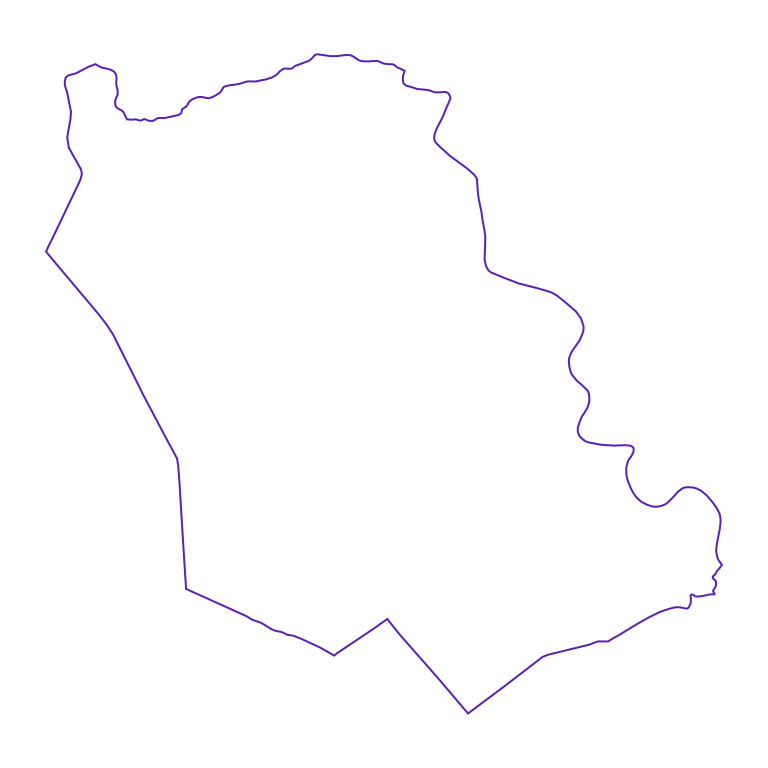 outline of Duc Hue, Long An, Vietnam
{"feature_id": "81297802B23772600550478", "entity_name": "Duc Hue", "entity_type": "district", "adm_level": 2, "iso_a3": "VNM", "parent_name": "Vietnam", "parent_adm1": "Long An", "projection": "orthographic", "projection_center": [106.28, 10.865], "detail": "fine", "context": "isolated", "style": "outline", "palette": "violet", "viewbox_px": 768, "rotation_deg": 0, "n_neighbors": 0, "source": "geoboundaries", "source_scale": "gbopen_adm2", "svg_char_len": 5287}
<svg xmlns="http://www.w3.org/2000/svg" viewBox="0 0 768 768"><path d="M721.9,564.8L720.6,563.0L717.9,559.1L716.8,555.0L716.2,551.1L716.2,549.8L716.9,543.5L717.9,538.7L719.6,529.9L720.5,523.0L720.5,518.4L719.5,513.6L717.0,508.6L713.1,503.0L706.9,495.6L701.2,490.8L696.6,488.5L693.3,487.5L688.1,487.2L684.9,487.5L684.7,487.5L682.5,488.3L680.4,489.8L677.7,492.0L674.0,496.2L669.7,500.7L666.0,503.9L661.7,505.8L658.1,506.6L655.0,506.8L651.8,506.3L647.2,504.8L641.3,501.8L636.7,497.6L633.0,492.6L630.7,488.1L627.5,479.9L626.5,475.3L626.2,468.7L627.0,464.5L628.1,460.8L630.8,457.0L633.2,452.6L633.6,450.9L633.6,449.5L633.5,448.4L633.3,447.8L632.6,447.0L631.6,446.2L630.3,445.7L628.6,445.4L624.8,445.2L614.7,445.6L607.5,445.2L605.6,445.1L600.3,444.6L594.5,443.5L588.0,442.3L584.8,440.9L581.3,438.0L579.3,435.8L577.8,431.7L577.8,428.6L578.0,427.1L579.6,422.0L581.8,416.6L583.9,413.6L587.4,407.8L588.9,403.2L589.4,399.9L589.1,395.3L588.9,393.8L588.5,392.6L587.7,390.7L585.5,388.5L582.1,385.2L577.4,381.2L575.4,378.9L572.2,375.1L570.8,372.5L569.4,366.9L568.9,362.4L568.9,360.2L569.1,358.0L570.6,354.2L572.2,350.9L579.7,340.3L582.7,333.1L583.4,330.6L583.6,327.7L583.4,325.5L580.9,318.3L576.0,311.6L566.5,303.3L557.1,295.7L552.7,293.1L552.4,292.9L548.7,291.5L537.6,288.3L520.1,283.8L518.7,283.5L513.5,281.4L504.5,278.0L497.9,275.3L490.8,272.3L488.3,270.2L486.3,266.6L485.4,263.5L484.6,259.5L484.7,256.6L485.2,242.3L485.3,236.7L484.5,230.5L482.8,221.6L482.5,219.8L481.8,214.7L481.5,212.2L479.0,200.3L478.1,194.8L477.1,182.5L477.1,179.4L476.2,177.5L474.4,175.0L467.1,168.5L454.1,158.9L450.0,155.9L440.1,147.0L435.5,142.3L434.2,139.0L434.2,136.9L434.8,133.5L436.8,128.4L442.6,117.1L445.9,109.1L449.4,101.0L450.4,98.5L450.1,96.5L448.6,93.6L447.2,92.5L444.9,91.9L441.3,92.2L437.0,92.4L434.5,92.2L428.5,90.1L423.0,89.5L417.3,89.0L412.5,87.4L406.1,85.6L404.1,84.0L403.4,83.1L402.8,79.7L403.1,75.5L404.7,70.9L401.2,69.1L399.5,68.3L397.4,67.5L396.0,66.5L394.7,65.4L393.8,64.7L392.1,64.2L390.5,64.2L387.5,64.1L385.2,63.8L383.0,63.4L379.6,61.6L377.2,61.0L372.5,61.1L368.8,61.4L365.3,61.3L362.6,61.2L360.4,60.8L358.2,59.9L354.2,57.1L350.6,55.2L347.8,55.0L344.9,55.1L337.0,56.1L330.0,56.1L324.8,55.3L320.3,54.7L318.2,54.4L316.2,54.4L315.2,54.8L314.1,55.8L313.0,57.2L311.0,59.3L308.7,60.9L301.7,63.5L298.5,64.7L295.2,65.9L293.8,67.0L293.2,67.6L292.1,68.4L290.0,68.8L288.5,68.7L286.7,68.6L284.6,68.5L283.0,69.0L281.8,69.8L280.2,70.9L277.8,73.6L275.0,75.8L271.6,77.6L266.3,79.3L263.2,80.0L261.5,80.2L259.2,80.8L255.5,81.5L253.4,81.5L251.7,81.4L248.1,81.4L245.8,81.8L242.7,82.8L239.9,83.7L235.8,84.5L231.1,85.1L229.4,85.3L226.0,86.1L224.1,86.8L223.4,87.5L222.7,88.4L221.5,90.6L220.1,92.5L216.3,95.0L213.2,96.7L210.1,97.9L208.7,98.2L206.3,98.0L204.6,97.5L201.8,97.0L199.0,97.0L196.6,97.5L192.3,99.3L190.1,100.9L188.9,102.2L187.2,105.3L186.0,106.7L184.4,107.7L182.8,108.8L182.2,109.2L181.9,109.7L181.8,110.7L181.4,112.7L180.8,113.5L180.5,113.8L179.1,114.7L176.3,115.5L173.7,116.0L170.9,116.8L168.0,117.3L165.7,117.9L163.9,118.2L162.3,118.0L160.0,117.9L157.9,118.1L157.0,118.4L155.8,119.3L154.3,120.2L153.0,120.8L152.2,120.9L149.6,120.9L147.8,120.4L146.3,119.8L145.4,119.3L144.0,119.1L142.9,119.5L142.3,120.0L141.2,120.4L140.0,120.5L138.8,120.3L137.4,119.8L136.3,119.5L135.4,119.3L134.4,119.4L131.7,119.7L126.9,119.3L123.8,112.9L122.6,111.1L121.0,110.1L118.6,108.9L116.3,107.1L115.4,105.4L115.1,103.6L115.2,100.9L116.5,97.1L117.6,94.7L117.7,92.5L117.4,89.2L116.4,85.5L116.2,82.8L116.5,79.0L116.5,76.6L116.1,74.8L115.3,73.3L114.8,72.6L114.1,71.7L111.3,70.0L107.7,68.8L101.9,67.6L99.5,66.5L95.4,64.2L88.5,66.8L76.1,73.3L68.4,75.4L65.7,77.5L64.8,81.4L64.9,85.5L67.2,92.6L69.2,103.2L71.0,111.6L70.4,119.7L68.0,132.6L67.2,137.8L68.9,147.9L81.0,169.4L81.9,174.1L80.1,180.4L52.6,238.1L48.1,247.0L46.1,251.8L98.4,314.0L106.7,324.7L109.7,329.4L112.9,334.2L139.2,386.6L143.0,394.4L157.8,422.5L163.4,433.1L177.0,458.4L178.2,465.6L179.6,484.7L183.1,542.1L186.0,587.9L186.0,588.9L246.7,616.3L250.7,618.9L254.6,620.7L258.9,622.0L261.6,623.1L265.3,625.3L271.2,629.1L274.8,630.6L277.2,631.2L279.2,631.5L280.7,631.8L282.8,632.5L286.9,634.6L288.0,634.9L290.2,635.2L291.3,635.3L292.3,635.5L294.2,636.0L301.9,639.1L309.2,642.5L313.4,644.4L319.6,647.3L334.3,655.6L336.8,653.4L372.0,629.8L387.1,619.2L387.3,619.0L399.2,634.0L438.3,678.5L457.9,701.6L468.0,713.5L505.9,685.1L542.6,656.9L545.6,655.7L549.0,654.5L589.1,644.7L597.9,641.4L607.9,641.5L613.8,637.9L619.9,634.6L625.9,630.8L636.1,624.6L649.2,617.2L660.4,611.7L669.3,608.8L672.3,608.0L674.4,607.4L677.9,607.2L679.8,607.3L684.3,608.2L686.3,608.6L687.5,608.4L688.2,607.9L689.0,606.8L690.3,604.1L690.8,602.7L690.9,600.3L690.8,597.8L690.5,596.2L690.7,595.2L691.5,594.5L691.9,594.4L693.0,594.8L693.7,595.3L694.5,595.9L695.6,596.4L697.3,596.5L699.6,596.4L702.3,596.0L706.7,595.2L708.8,594.6L711.3,594.4L713.5,594.3L714.4,594.3L714.4,593.9L714.1,592.9L713.6,592.1L713.4,591.8L713.3,591.7L713.2,591.3L713.1,590.9L714.1,588.8L715.3,587.2L715.7,586.3L715.8,585.6L716.0,584.7L716.0,583.3L716.0,582.1L715.8,581.2L715.3,580.5L714.6,579.8L713.8,579.2L713.2,578.5L712.8,578.1L712.7,577.7L712.7,577.2L712.8,576.8L713.0,576.3L713.7,575.7L714.4,575.1L715.1,574.4L715.5,573.9L716.0,572.9L716.7,571.6L717.1,571.0L718.0,569.8L719.2,568.6L721.9,564.8Z" fill="none" stroke="#5b21b6" stroke-width="2"/></svg>